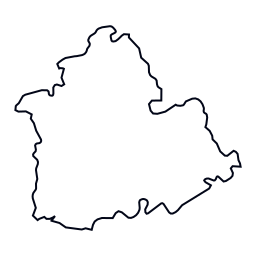 the Autonomous Community of Sevilla
{"feature_id": "ESP-5844", "entity_name": "Sevilla", "entity_type": "Autonomous Community", "adm_level": 1, "iso_a3": "ESP", "parent_name": "Spain", "parent_adm1": "", "projection": "orthographic", "projection_center": [-5.672, 37.516], "detail": "fine", "context": "isolated", "style": "outline", "palette": "ink", "viewbox_px": 256, "rotation_deg": 0, "n_neighbors": 0, "source": "natural_earth", "source_scale": "10m", "svg_char_len": 2840}
<svg xmlns="http://www.w3.org/2000/svg" viewBox="0 0 256 256"><path d="M50.6,220.5L51.6,220.5L55.0,216.1L52.7,217.6L49.6,218.9L46.5,218.9L44.3,216.9L39.2,218.9L37.6,220.1L32.9,215.6L35.8,207.9L32.8,198.4L32.6,196.4L32.8,194.6L33.4,192.9L35.8,189.5L36.1,188.4L36.0,183.6L37.3,179.0L36.0,170.1L36.2,168.3L37.8,164.1L38.0,162.0L37.2,159.8L33.3,156.1L33.1,154.4L33.8,153.2L35.6,151.3L35.9,149.6L35.1,145.5L35.7,144.2L36.8,143.5L39.5,143.1L40.7,142.2L41.2,140.9L41.0,139.5L36.2,130.7L33.9,123.2L30.8,118.7L31.7,114.4L25.9,111.4L18.4,111.6L15.4,110.1L15.8,106.1L16.5,105.2L18.8,103.2L22.9,96.1L25.3,94.7L41.8,90.2L47.2,90.3L48.5,91.4L48.7,92.3L48.9,94.0L49.4,94.9L50.1,95.4L51.7,95.7L52.5,95.6L53.1,94.9L53.4,93.4L53.3,87.5L54.8,85.1L56.9,84.5L61.5,86.0L64.2,84.3L61.5,77.7L63.9,68.8L62.9,68.3L60.2,68.1L59.2,68.5L57.3,64.0L58.8,62.4L62.6,59.6L65.5,58.0L74.6,56.3L76.9,56.1L82.0,55.1L83.5,54.5L84.8,53.7L86.1,52.1L86.6,51.0L86.9,50.1L87.0,49.4L87.4,48.5L89.4,45.9L89.7,44.8L89.8,43.8L89.4,42.8L88.8,41.8L88.3,40.9L88.3,39.8L88.7,38.8L89.2,37.7L89.9,36.6L91.0,35.6L94.1,33.7L95.0,33.0L95.6,32.3L96.6,30.4L97.5,29.4L98.6,28.6L102.1,27.3L110.0,26.2L111.6,26.5L113.2,27.7L115.1,29.9L115.6,30.8L115.8,31.7L115.3,32.5L113.4,33.6L112.4,34.0L111.5,34.6L110.8,35.3L110.7,36.3L110.8,37.3L111.5,40.5L112.2,41.3L113.5,41.5L115.6,41.1L118.2,39.2L120.8,36.7L121.6,35.8L123.9,34.2L129.0,34.5L128.9,37.5L139.1,48.4L141.2,57.7L148.0,63.8L148.8,65.8L149.0,72.2L150.1,75.0L151.4,76.4L155.4,78.8L156.6,80.5L157.0,84.3L157.6,86.2L158.4,87.2L161.4,89.1L161.3,100.5L151.9,100.6L149.0,104.1L150.6,110.6L153.1,113.5L157.4,113.8L165.4,111.6L175.7,104.7L177.1,105.5L180.3,105.8L183.0,105.3L183.8,104.7L185.9,101.4L192.2,98.7L195.3,98.4L198.2,99.4L200.6,101.4L202.5,104.3L203.8,107.8L203.9,108.9L203.6,111.0L203.9,112.2L204.5,112.9L206.1,113.8L206.7,114.6L207.2,117.5L206.3,124.4L205.4,127.1L209.7,130.9L212.2,135.7L212.6,139.4L216.8,143.5L220.2,151.4L224.8,155.6L227.3,155.8L233.6,150.8L235.8,151.8L237.6,153.9L238.5,160.2L240.0,163.4L240.6,166.7L232.6,166.2L230.8,168.4L232.9,173.0L232.5,175.8L230.6,178.0L225.9,181.0L223.6,181.5L218.3,176.6L217.3,176.4L216.6,177.1L215.7,179.3L214.7,180.4L213.7,180.5L208.6,178.5L207.0,178.5L205.6,179.0L204.8,179.5L204.5,179.9L204.2,180.5L205.5,182.2L210.9,185.3L209.2,188.5L182.1,205.2L177.9,210.2L175.6,212.1L172.8,213.5L170.7,213.5L169.1,212.4L163.5,203.9L162.3,203.2L161.2,203.4L148.1,213.3L146.6,213.7L145.4,212.2L145.2,209.4L147.6,204.7L147.8,202.2L147.0,200.5L145.5,199.5L143.8,199.0L142.3,199.1L140.2,200.0L139.6,200.9L139.2,202.3L139.7,207.8L139.5,209.7L138.1,212.8L136.1,215.2L133.5,217.0L131.0,217.9L128.4,217.7L121.8,212.3L118.5,211.2L115.7,213.1L112.7,218.1L101.9,218.0L97.5,219.4L94.7,221.5L93.0,224.8L91.7,229.8L85.6,228.3L81.8,229.5L65.8,227.4L59.5,223.0L50.6,220.5Z" fill="none" stroke="#020617" stroke-width="2"/></svg>